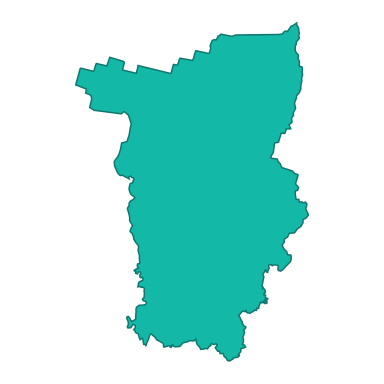 the border of Perm'
{"feature_id": "RUS-3200", "entity_name": "Perm'", "entity_type": "Territory", "adm_level": 1, "iso_a3": "RUS", "parent_name": "Russia", "parent_adm1": "", "projection": "orthographic", "projection_center": [56.51, 58.891], "detail": "fine", "context": "isolated", "style": "filled", "palette": "teal", "viewbox_px": 384, "rotation_deg": 0, "n_neighbors": 0, "source": "natural_earth", "source_scale": "10m", "svg_char_len": 6019}
<svg xmlns="http://www.w3.org/2000/svg" viewBox="0 0 384 384"><path d="M164.1,347.1L163.5,346.7L163.5,344.2L162.9,343.1L156.8,339.8L154.3,336.4L152.5,335.4L151.8,334.2L150.8,333.7L150.3,334.0L149.8,335.0L147.8,340.9L146.7,343.0L146.1,345.3L145.8,345.6L144.8,344.2L143.6,344.3L142.9,339.2L142.6,338.7L142.2,338.2L140.1,339.7L139.4,338.1L138.2,333.9L137.8,333.5L136.2,333.1L135.4,332.1L134.8,330.2L133.7,329.8L135.4,327.3L135.3,325.6L135.0,325.3L133.1,324.3L130.7,327.8L127.8,327.9L127.3,326.8L128.2,324.9L128.4,323.3L128.0,321.3L126.8,318.1L126.9,317.1L127.8,316.5L128.6,316.7L130.0,318.6L131.0,320.9L132.5,321.1L134.2,320.2L135.7,319.1L135.9,317.5L135.7,315.9L136.1,311.6L136.0,309.2L136.4,307.4L139.0,305.3L144.4,304.9L145.5,304.5L146.4,303.1L145.8,301.5L143.1,300.6L142.5,299.3L142.7,298.7L143.7,298.2L144.1,297.3L144.4,293.0L144.0,291.0L144.4,289.4L144.3,288.4L143.7,287.7L142.3,287.2L141.0,287.2L139.4,286.5L137.8,286.8L138.7,282.9L139.2,281.8L142.0,280.7L143.0,279.9L142.8,277.6L142.4,277.3L141.0,277.8L140.1,277.4L139.9,276.6L139.8,274.9L140.9,273.6L140.2,272.0L138.4,271.8L137.7,273.8L137.4,274.0L135.7,273.4L135.8,271.7L134.2,270.7L134.5,269.9L135.5,269.8L136.1,269.1L138.4,268.3L138.4,267.9L137.4,266.8L137.3,264.7L137.8,263.8L139.4,263.5L139.8,262.9L139.3,257.8L139.5,255.5L138.1,250.7L138.1,249.7L138.6,246.9L138.2,245.5L135.3,241.8L133.8,239.1L133.5,236.6L132.8,235.3L132.3,233.5L130.7,232.2L130.0,231.1L131.2,228.0L132.6,225.7L129.6,220.6L129.7,218.3L129.4,215.7L127.5,208.9L127.6,207.8L129.1,205.7L129.1,203.2L129.9,201.7L131.0,200.7L133.1,199.6L134.8,197.8L133.9,196.5L131.3,194.9L129.8,192.1L129.0,189.0L129.5,185.9L130.3,183.5L132.8,182.7L133.1,180.6L134.1,179.1L133.4,177.8L131.9,177.6L130.4,176.1L128.5,177.1L129.2,178.9L122.5,175.3L120.6,175.5L119.6,175.1L117.6,172.8L114.6,165.9L114.2,161.9L115.1,160.1L117.7,156.8L119.1,153.9L120.5,149.3L121.7,142.9L126.9,141.7L129.2,134.8L130.2,128.2L131.2,124.2L131.1,123.6L128.6,115.6L128.2,114.9L124.2,111.6L123.0,112.1L121.8,113.6L121.2,113.8L94.2,110.3L89.7,107.5L91.7,99.0L91.2,96.1L89.4,94.4L85.9,93.3L85.8,92.2L86.4,89.3L86.1,88.9L75.7,84.9L80.2,68.6L81.0,68.2L93.7,71.4L95.8,64.6L96.4,63.5L106.8,65.9L109.8,57.3L123.4,61.4L124.0,61.9L124.3,62.4L124.3,62.8L122.7,69.1L122.8,69.9L123.1,70.1L136.2,73.3L136.5,72.6L137.8,67.2L138.0,65.5L170.7,73.5L171.3,72.4L173.3,64.8L173.9,64.4L176.1,65.0L177.3,64.9L177.7,64.3L178.8,61.6L179.3,59.4L180.0,58.2L192.5,60.4L193.3,58.8L195.6,51.0L195.9,50.7L208.3,53.4L209.1,53.2L209.8,51.6L210.6,48.7L210.6,47.8L210.1,45.7L212.2,40.5L214.1,39.7L216.4,39.9L218.1,36.0L219.6,35.7L220.4,34.4L221.1,34.2L232.2,36.4L235.5,35.0L278.3,34.5L281.7,34.1L282.7,33.6L283.5,32.4L285.0,31.2L285.9,31.0L286.7,31.5L287.5,31.4L291.0,26.3L293.2,25.4L296.7,23.0L296.6,24.1L296.8,25.0L298.4,27.6L299.0,31.9L299.4,33.1L299.4,33.8L298.6,35.4L299.4,38.2L296.3,42.0L296.2,44.3L295.2,46.5L295.2,49.5L295.4,50.8L296.1,52.6L298.3,55.0L298.4,56.3L298.0,58.7L298.3,59.5L299.4,61.1L299.3,65.8L300.1,66.5L301.8,66.8L302.2,67.5L302.2,72.3L302.6,74.8L301.6,78.1L301.8,80.9L300.8,85.7L300.8,89.1L299.2,92.8L296.4,95.8L296.4,98.2L294.6,102.4L294.7,104.4L295.5,107.4L295.6,108.2L293.5,112.3L293.3,113.7L293.5,115.4L291.7,117.8L291.6,118.7L292.0,122.0L291.4,122.9L289.4,124.4L289.1,125.0L290.7,128.8L286.4,128.9L285.0,133.1L284.3,133.5L281.6,133.1L281.1,133.5L278.5,142.2L274.6,143.0L273.3,152.6L271.7,155.1L270.7,157.4L270.9,158.0L271.6,158.3L277.1,159.0L277.4,159.3L277.8,161.2L280.4,164.0L281.1,166.3L282.0,167.6L292.4,171.0L294.9,173.7L297.8,174.5L298.0,174.8L297.9,175.8L295.6,183.4L296.0,184.5L298.6,187.5L297.5,190.5L295.7,190.8L295.2,191.4L295.3,194.2L295.9,198.7L296.4,199.4L298.8,199.4L299.3,202.1L299.6,202.3L301.8,201.8L303.5,202.9L305.4,202.1L306.9,203.9L306.8,205.4L305.9,208.1L305.9,209.1L308.3,214.5L308.1,215.4L306.1,218.0L303.2,219.6L303.0,220.4L303.0,222.7L300.8,226.5L297.2,229.0L294.5,232.9L289.5,233.2L288.8,234.1L287.9,236.4L287.2,237.3L284.6,239.0L284.3,239.8L284.3,242.2L282.5,244.5L282.5,245.8L282.8,246.8L284.5,249.6L286.6,251.4L287.6,254.5L288.2,255.0L290.1,254.8L291.0,255.3L291.2,256.4L291.1,259.4L290.9,260.4L290.2,261.8L282.4,270.0L280.6,271.1L278.5,270.5L278.1,269.9L277.9,269.1L278.3,266.5L278.2,265.6L277.6,265.2L274.3,264.8L272.2,265.7L271.3,264.7L268.8,265.0L268.5,266.0L269.2,268.0L267.6,271.6L267.7,272.4L266.8,272.2L266.1,271.2L265.9,270.0L265.4,269.8L265.1,270.0L264.4,272.2L263.0,273.7L263.0,274.5L263.7,276.4L263.8,277.0L262.0,286.3L263.2,287.3L262.6,288.0L262.5,288.6L264.4,289.0L264.9,289.8L265.4,292.0L264.9,293.2L263.9,293.7L263.9,294.6L264.1,295.0L265.6,295.1L265.3,297.1L265.6,297.8L267.8,298.5L267.6,299.1L265.4,299.0L265.1,299.4L265.3,300.3L266.8,300.7L267.0,301.8L266.8,303.2L265.9,302.8L265.4,303.6L265.1,303.6L264.6,303.0L263.5,302.8L264.6,301.7L264.7,301.4L264.2,300.9L263.4,301.3L262.6,302.5L261.7,302.5L261.1,302.9L260.5,302.3L258.9,306.4L258.7,308.2L256.9,308.1L256.7,309.9L256.3,310.4L254.6,310.0L253.1,311.6L251.1,312.4L250.1,313.3L246.9,312.6L246.5,312.2L246.1,310.5L245.0,311.6L242.8,311.2L241.5,312.2L238.9,315.5L240.3,318.1L241.3,320.6L242.2,321.5L242.1,323.2L243.1,324.3L243.9,326.1L245.6,326.6L245.9,327.1L245.4,328.3L243.6,330.3L244.4,332.0L244.5,332.7L242.8,337.5L243.5,339.3L243.3,342.4L242.5,344.4L244.5,345.1L245.6,347.0L243.4,348.1L240.9,348.7L240.7,349.2L240.9,350.5L240.5,352.0L238.7,354.1L238.2,355.0L239.4,355.2L239.4,355.7L237.6,357.3L233.2,357.9L232.9,359.1L229.5,361.0L227.5,360.5L226.2,358.1L224.1,356.4L223.2,353.6L220.1,353.6L219.4,351.3L217.7,351.2L215.3,347.8L215.3,347.4L217.2,345.3L217.3,344.8L216.2,343.9L213.6,344.5L211.7,343.6L210.9,344.2L210.8,345.7L209.3,346.2L207.5,348.9L205.5,348.4L204.2,349.0L200.7,349.4L199.7,347.2L197.5,344.8L196.9,343.8L196.2,341.8L196.0,339.2L195.7,338.9L194.1,340.8L192.4,341.0L190.1,340.5L188.1,341.6L183.5,342.7L182.4,343.5L180.4,346.0L178.9,346.6L175.7,346.8L173.6,346.4L173.0,346.0L172.7,344.7L171.6,345.5L171.4,347.1L170.9,347.4L170.1,347.0L169.6,345.9L168.6,345.8L164.1,347.1Z" fill="#14b8a6" stroke="#0f766e" stroke-width="1.5"/></svg>